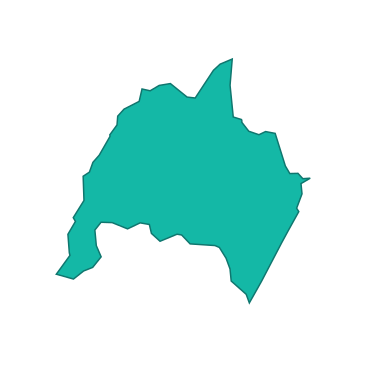 Richmond, North Carolina, United States of America, rotated 298°
{"feature_id": "52423323B95417665649533", "entity_name": "Richmond", "entity_type": "district", "adm_level": 2, "iso_a3": "USA", "parent_name": "United States of America", "parent_adm1": "North Carolina", "projection": "natural_earth1", "projection_center": [-79.777, 34.994], "detail": "fine", "context": "isolated", "style": "filled", "palette": "teal", "viewbox_px": 384, "rotation_deg": 298, "n_neighbors": 0, "source": "geoboundaries", "source_scale": "gbopen_adm2", "svg_char_len": 1095}
<svg xmlns="http://www.w3.org/2000/svg" viewBox="0 0 384 384"><g transform="rotate(298 192 192)"><path d="M55.7,110.8L59.5,128.2L71.4,133.4L78.8,139.7L92.1,142.2L99.7,132.7L112.8,124.1L122.6,125.9L127.5,135.9L129.2,152.4L140.4,160.7L143.3,169.6L136.4,175.6L133.5,186.9L147.7,198.6L149.2,203.0L145.3,214.7L155.5,237.4L155.9,242.2L149.5,253.2L141.9,261.7L131.8,268.4L127.1,287.9L121.0,294.7L136.9,295.1L146.1,295.3L189.1,295.0L189.4,295.0L201.8,295.1L202.1,295.1L224.8,295.5L226.8,292.0L242.0,290.0L250.6,284.3L259.7,289.9L255.8,283.6L258.2,276.8L254.2,269.7L258.8,262.2L282.8,237.9L279.9,228.6L274.0,224.2L272.3,213.6L277.0,203.1L278.0,202.8L278.4,202.5L278.7,202.1L279.2,201.7L277.6,193.2L304.1,175.5L328.3,165.1L318.1,156.8L309.5,153.8L276.5,150.7L273.5,143.1L277.6,122.0L270.7,113.0L261.7,107.5L259.5,99.5L247.2,102.8L233.3,93.1L224.1,90.8L216.0,94.3L203.9,92.6L203.0,93.3L202.5,93.5L180.9,92.8L171.7,90.6L161.4,92.1L154.8,88.5L133.8,100.6L113.6,99.2L111.3,102.9L96.4,102.3L80.6,112.3L80.5,112.5L80.3,112.6L78.7,114.0L55.7,110.8Z" fill="#14b8a6" stroke="#0f766e" stroke-width="1.5"/></g></svg>